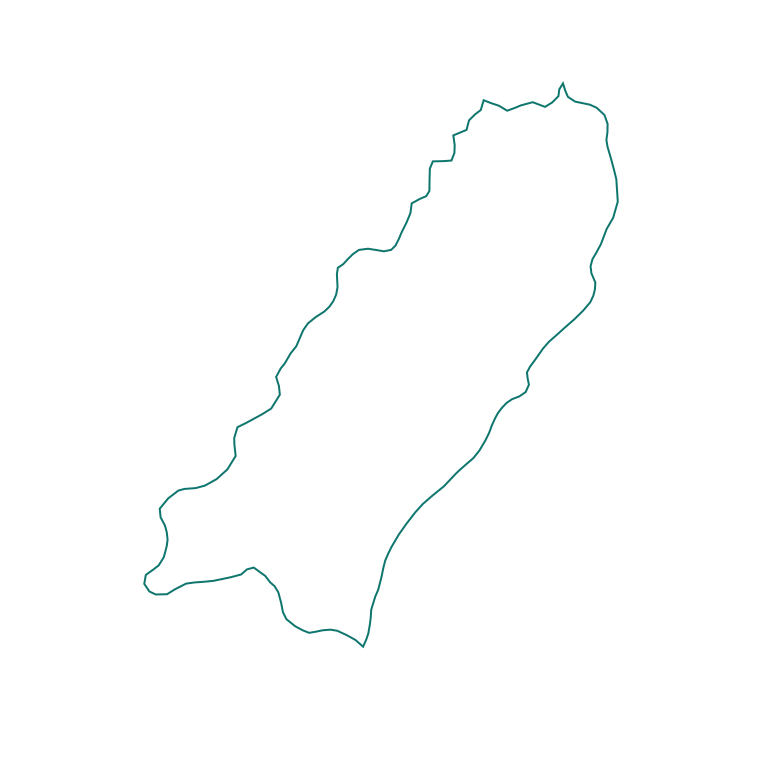 outline of Sabino, São Paulo, Brazil, rotated 75°
{"feature_id": "56859067B35767000165463", "entity_name": "Sabino", "entity_type": "district", "adm_level": 2, "iso_a3": "BRA", "parent_name": "Brazil", "parent_adm1": "São Paulo", "projection": "albers", "projection_center": [-49.574, -21.483], "detail": "fine", "context": "isolated", "style": "outline", "palette": "teal", "viewbox_px": 768, "rotation_deg": 75, "n_neighbors": 0, "source": "geoboundaries", "source_scale": "gbopen_adm2", "svg_char_len": 2385}
<svg xmlns="http://www.w3.org/2000/svg" viewBox="0 0 768 768"><g transform="rotate(75 384 384)"><path d="M140.0,133.3L144.7,138.4L151.1,141.0L155.6,148.7L158.0,156.7L150.3,167.4L150.3,179.6L151.2,186.3L151.9,194.3L145.0,200.9L140.4,207.9L135.7,214.3L144.4,219.6L147.2,226.4L151.3,233.6L159.9,238.5L161.8,252.7L171.5,253.9L179.1,256.2L185.6,261.0L184.2,268.5L181.6,279.2L187.9,284.0L196.3,286.5L209.3,290.2L213.5,294.6L214.5,301.6L216.7,310.5L225.7,314.2L233.7,320.3L241.8,327.5L247.7,332.1L253.3,337.1L256.3,342.4L255.8,349.8L252.9,356.1L249.2,364.4L248.0,373.5L250.5,380.5L254.3,387.1L257.7,392.4L259.8,398.5L265.8,401.1L278.4,403.8L285.3,407.1L290.8,411.5L295.2,416.7L298.6,423.0L301.6,432.4L305.7,441.7L311.1,448.1L317.8,453.4L324.9,459.0L330.1,466.1L338.6,474.7L342.2,479.7L349.3,486.4L358.7,486.0L367.4,487.4L378.5,499.3L381.6,509.3L386.0,527.6L387.8,536.7L397.5,542.7L403.9,544.2L415.1,545.9L425.9,557.3L432.5,570.2L435.8,583.3L435.8,592.9L433.7,603.9L433.7,610.2L438.6,622.0L446.4,632.9L455.0,634.3L464.0,632.2L470.9,632.2L478.2,633.3L483.9,635.6L489.3,638.6L494.4,641.6L500.9,648.6L503.3,654.3L506.8,663.5L515.0,667.3L523.7,664.3L528.2,659.0L530.9,648.0L528.2,639.0L525.6,626.9L526.6,618.6L528.4,609.3L530.0,599.6L531.0,581.9L531.0,571.3L527.6,564.3L527.6,557.3L533.4,552.7L538.6,548.4L546.1,545.3L551.0,542.0L557.9,540.0L568.7,540.0L578.3,540.7L586.0,539.1L595.1,532.4L601.0,526.1L605.0,520.7L605.6,514.3L606.0,507.1L607.4,499.4L610.2,493.1L616.9,485.0L623.9,477.8L632.3,472.2L626.4,467.4L620.9,463.7L612.2,459.7L605.7,457.1L598.8,454.8L587.1,447.5L581.2,442.8L569.8,436.4L561.4,432.2L554.8,428.5L548.9,423.8L543.4,419.0L533.1,408.5L524.8,398.5L516.1,387.1L509.9,377.5L504.4,366.2L498.2,352.4L492.0,342.4L488.8,337.1L485.8,331.5L478.7,316.9L473.0,309.1L465.0,300.9L458.5,295.2L451.6,290.3L445.8,285.5L441.5,281.4L437.4,276.1L434.0,270.5L431.8,264.2L431.0,256.5L428.4,249.2L422.2,244.2L415.8,243.8L409.8,242.9L405.2,238.6L399.0,230.9L390.9,221.2L385.9,213.8L380.0,201.9L376.7,195.5L370.7,183.3L364.7,172.7L358.4,163.6L352.8,158.9L347.5,155.9L340.7,153.6L330.7,155.0L323.7,154.0L317.2,150.2L312.8,145.6L305.1,138.3L292.0,128.9L282.7,119.6L268.4,111.0L246.4,106.6L236.8,106.4L225.5,106.4L212.8,106.7L205.8,106.0L198.6,103.0L190.6,100.7L181.3,101.4L172.2,107.1L167.5,112.8L160.7,126.3L154.3,132.0L147.7,133.0L140.0,133.3Z" fill="none" stroke="#0f766e" stroke-width="2"/></g></svg>